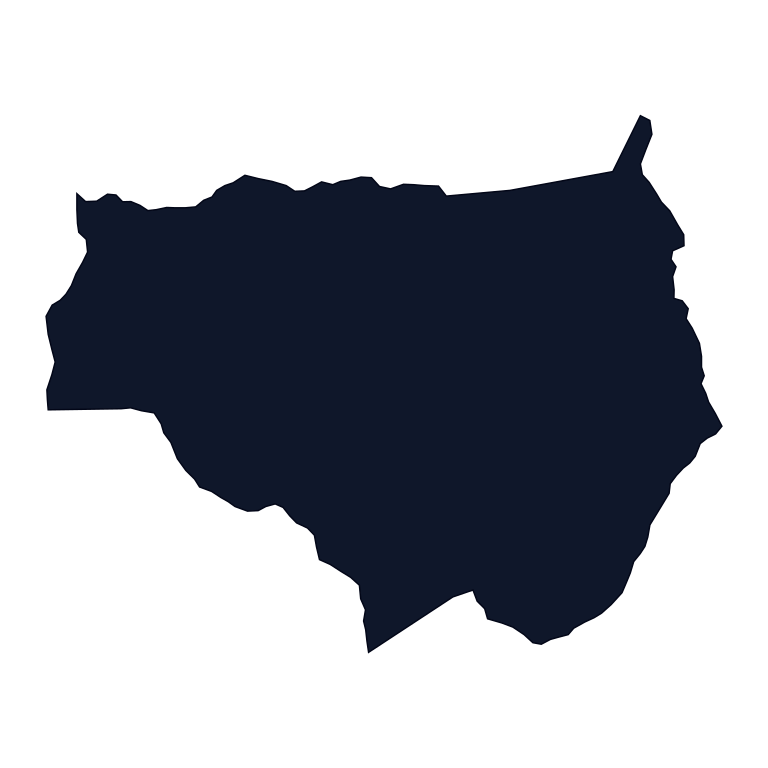 the district of Ararendá, Ceará, Brazil
{"feature_id": "56859067B76169954985476", "entity_name": "Ararendá", "entity_type": "district", "adm_level": 2, "iso_a3": "BRA", "parent_name": "Brazil", "parent_adm1": "Ceará", "projection": "robinson", "projection_center": [-40.751, -4.776], "detail": "fine", "context": "isolated", "style": "filled", "palette": "ink", "viewbox_px": 768, "rotation_deg": 0, "n_neighbors": 0, "source": "geoboundaries", "source_scale": "gbopen_adm2", "svg_char_len": 2102}
<svg xmlns="http://www.w3.org/2000/svg" viewBox="0 0 768 768"><path d="M721.9,426.2L715.3,413.5L708.6,402.1L705.7,393.3L701.0,383.7L704.2,375.8L701.5,367.2L701.5,356.3L699.4,343.3L692.2,328.2L686.1,318.7L688.2,308.7L682.2,300.8L673.9,298.4L674.1,289.8L672.6,276.6L676.0,266.8L671.0,259.3L672.6,250.8L684.0,245.7L683.7,234.7L677.7,224.9L669.7,210.8L661.4,202.1L656.6,194.0L649.1,182.3L642.3,174.7L640.4,163.9L645.7,149.9L651.9,134.3L649.8,120.5L640.4,115.7L612.8,171.6L510.0,190.4L446.3,196.1L438.5,186.1L424.2,185.6L413.5,184.7L403.5,184.3L390.6,188.9L379.5,186.5L371.5,177.7L361.0,177.1L349.8,180.1L340.7,181.4L332.8,184.7L321.6,181.9L312.8,186.7L304.5,190.9L294.8,191.3L286.2,185.6L272.0,181.4L258.2,178.6L244.9,175.3L233.2,182.8L224.9,185.6L216.7,190.4L212.0,197.0L203.7,200.3L195.7,206.9L185.4,207.8L174.5,207.8L166.7,207.5L156.2,209.7L147.9,210.6L140.0,205.4L130.9,201.6L122.6,201.8L116.0,195.0L107.5,194.2L96.7,201.2L85.6,201.6L76.9,193.7L76.9,209.7L77.5,223.4L78.8,232.3L86.3,239.4L87.6,252.1L82.6,262.4L76.1,273.8L71.4,285.6L66.0,294.2L60.2,300.3L52.2,305.1L46.1,316.3L48.2,334.3L51.9,349.4L55.2,362.0L51.9,374.7L46.9,389.8L47.4,399.7L48.2,409.8L107.5,408.9L121.3,408.7L130.6,407.8L141.4,410.7L154.2,412.9L161.2,423.8L163.8,432.8L170.9,442.4L177.4,458.7L185.9,470.5L194.6,479.1L199.6,487.0L211.6,491.4L220.9,497.5L228.3,501.7L235.0,506.5L247.5,511.1L258.2,510.6L265.8,506.5L275.2,503.9L283.1,507.4L289.8,515.9L296.6,522.9L307.5,528.0L314.4,535.2L316.5,546.9L319.5,559.6L330.2,564.4L341.0,571.4L350.6,577.3L359.4,585.2L360.7,598.8L365.5,609.8L363.6,621.0L365.7,629.7L367.0,641.4L368.6,652.3L452.9,596.9L473.0,590.0L477.2,601.2L484.7,608.7L487.6,618.8L501.7,622.9L512.9,627.1L524.1,634.6L532.9,642.7L541.3,644.2L550.4,639.4L558.3,637.2L568.2,634.6L573.7,628.2L584.6,622.1L594.1,617.7L601.6,613.1L611.2,604.5L622.0,592.7L626.6,581.9L630.3,572.9L633.7,561.6L640.2,553.6L644.9,546.4L647.8,537.0L649.9,524.9L661.1,506.5L669.1,493.3L670.2,483.7L676.5,475.3L683.2,468.1L689.8,462.9L695.2,456.3L700.2,443.6L707.2,438.1L715.6,433.9L721.9,426.2Z" fill="#0f172a" stroke="#020617" stroke-width="1.5"/></svg>